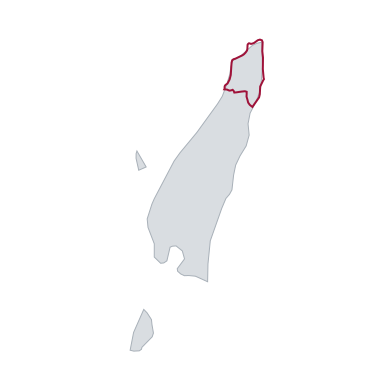 location of Lautém within East Timor, rotated 309°
{"feature_id": "TLS-553", "entity_name": "Lautém", "entity_type": "District", "adm_level": 1, "iso_a3": "TLS", "parent_name": "East Timor", "parent_adm1": "", "projection": "mercator", "projection_center": [126.937, -8.535], "detail": "fine", "context": "in_parent", "style": "outline", "palette": "rose", "viewbox_px": 384, "rotation_deg": 309, "n_neighbors": 0, "source": "natural_earth", "source_scale": "10m", "svg_char_len": 1729}
<svg xmlns="http://www.w3.org/2000/svg" viewBox="0 0 384 384"><g transform="rotate(309 192 192)"><path d="M132.1,260.6L128.7,247.6L125.0,242.0L122.2,238.8L121.2,234.8L121.4,230.7L123.1,228.8L135.3,228.3L140.1,221.6L140.1,213.6L137.6,210.9L135.3,209.7L122.7,215.8L119.1,214.7L116.9,212.5L117.7,203.6L128.0,195.3L136.8,180.1L142.9,174.1L157.3,168.5L163.1,166.9L204.8,158.6L214.8,158.0L241.2,158.3L276.6,156.4L285.4,155.3L296.7,151.6L307.7,147.1L313.5,143.5L319.6,141.0L328.7,144.2L344.1,146.7L348.3,148.8L352.2,151.8L334.2,167.7L314.5,180.9L302.4,184.9L289.9,187.5L280.3,192.6L272.2,200.6L261.9,205.1L250.3,206.6L240.4,209.0L231.3,213.7L218.8,221.7L213.7,222.6L208.4,222.4L198.0,225.4L165.6,236.9L146.1,249.7L132.1,260.6ZM30.1,243.5L46.1,235.0L70.4,228.4L69.8,233.2L67.3,240.8L63.7,244.4L58.1,250.8L54.4,252.2L39.8,250.8L38.0,251.7L35.4,251.0L31.7,246.9L30.1,243.5ZM189.2,123.4L182.6,140.6L175.4,136.9L183.0,127.3L186.7,124.4L189.2,123.4Z" fill="#d9dde1" stroke="#a8b0b8" stroke-width="1"/><path d="M292.1,152.5L292.6,152.4L294.5,151.0L295.3,150.7L296.4,150.7L298.1,151.2L298.8,151.3L303.1,150.4L307.3,148.5L317.5,141.3L319.7,140.3L321.3,140.7L322.9,141.8L329.8,145.1L331.7,145.7L334.1,145.9L336.6,145.7L338.3,144.8L341.3,142.6L342.0,142.4L343.3,142.6L343.8,143.3L344.0,144.2L344.7,145.1L346.8,146.4L351.3,147.6L353.2,148.9L353.9,150.9L352.9,152.6L345.7,158.0L341.1,162.6L332.1,169.7L325.7,175.9L325.0,176.9L323.8,177.0L316.9,178.6L310.6,183.2L307.7,184.6L296.1,185.4L296.1,182.0L296.8,179.5L297.1,179.0L298.4,177.3L300.4,174.4L303.1,172.4L304.3,171.4L303.6,169.7L300.9,167.0L297.4,163.8L295.9,162.3L296.7,161.0L297.0,159.3L295.4,158.3L294.3,157.2L293.6,154.7L292.1,152.5Z" fill="none" stroke="#9f1239" stroke-width="2"/></g></svg>